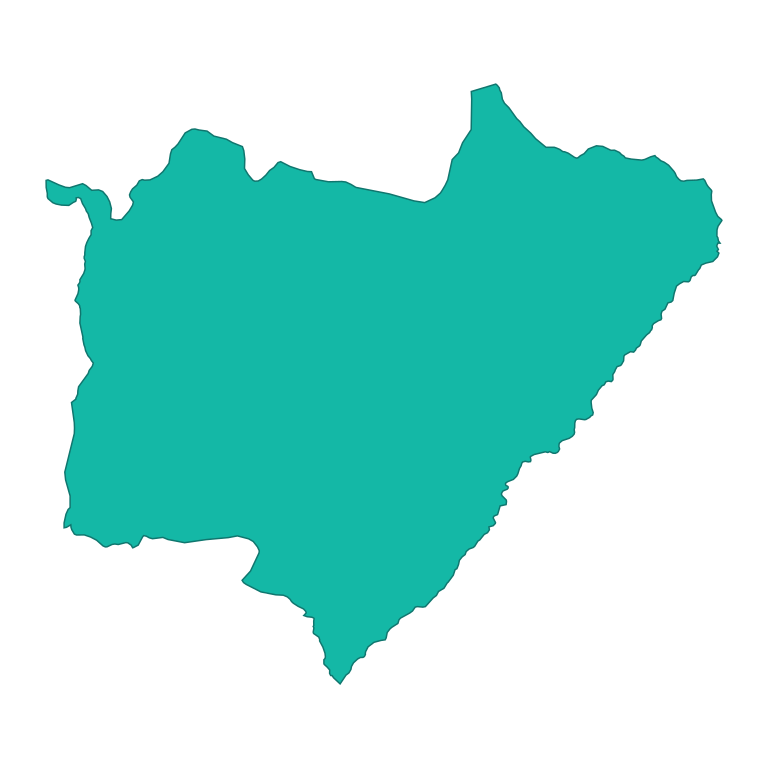 Cornereva, Caras-Severin, Romania (Mercator projection)
{"feature_id": "2599482B63249378795855", "entity_name": "Cornereva", "entity_type": "district", "adm_level": 2, "iso_a3": "ROU", "parent_name": "Romania", "parent_adm1": "Caras-Severin", "projection": "mercator", "projection_center": [22.558, 45.065], "detail": "fine", "context": "isolated", "style": "filled", "palette": "teal", "viewbox_px": 768, "rotation_deg": 0, "n_neighbors": 0, "source": "geoboundaries", "source_scale": "gbopen_adm2", "svg_char_len": 6025}
<svg xmlns="http://www.w3.org/2000/svg" viewBox="0 0 768 768"><path d="M340.1,683.9L346.0,675.1L348.9,672.9L350.9,669.5L351.5,666.4L353.5,662.8L357.6,659.0L360.3,657.5L363.0,657.4L364.4,656.5L365.4,654.5L365.3,653.6L365.6,651.7L368.1,646.8L374.0,642.3L381.1,640.4L385.2,639.8L386.2,637.8L387.2,632.5L389.9,629.0L391.7,627.4L397.9,623.4L399.0,619.8L400.5,618.1L409.8,613.0L412.5,611.0L415.2,607.1L417.4,606.6L422.9,607.1L425.4,606.6L433.2,597.9L436.4,595.5L438.5,591.5L444.0,588.2L447.1,583.1L448.2,582.1L453.3,575.2L455.1,569.6L456.9,568.7L458.5,564.6L459.4,560.3L462.2,556.8L465.1,554.6L466.2,551.5L469.3,548.9L473.0,547.6L474.6,546.4L477.9,541.1L479.8,539.9L484.2,534.4L487.5,532.7L489.4,529.8L488.9,526.9L493.2,525.7L495.3,523.5L495.5,522.6L493.3,518.2L493.3,517.2L494.3,515.9L497.3,514.7L497.7,514.2L500.1,505.9L506.1,504.6L506.5,501.7L506.3,500.1L502.0,495.7L501.4,494.0L502.0,492.4L503.1,490.9L507.2,489.2L508.0,488.3L508.2,487.0L507.6,486.2L506.1,485.6L505.7,485.1L505.5,483.8L505.7,483.1L507.6,481.7L513.4,479.4L516.7,476.1L517.9,473.7L519.5,468.5L521.1,465.8L521.8,463.2L522.6,462.0L525.2,461.3L528.3,461.9L530.5,461.6L530.9,460.1L530.3,457.1L530.5,456.5L534.2,454.5L545.4,451.8L547.8,452.5L549.7,451.6L553.0,453.2L555.2,453.3L557.0,452.6L558.3,451.5L559.6,449.0L558.9,446.3L559.1,444.0L559.6,442.8L562.3,440.6L569.2,438.3L572.3,436.3L574.1,434.2L574.6,432.4L574.2,429.7L574.7,427.5L574.8,423.1L575.4,420.7L576.6,419.3L578.9,418.9L584.5,419.7L585.9,419.5L589.8,417.3L590.7,416.1L592.7,414.9L593.2,412.6L591.8,408.2L591.1,402.0L591.3,400.2L596.4,394.6L598.4,390.1L602.1,385.7L604.2,384.8L605.9,381.8L608.3,381.1L611.3,381.6L612.6,380.4L613.0,379.3L612.8,374.6L614.7,371.6L615.3,369.8L617.1,366.6L620.5,365.5L621.4,364.7L623.6,360.8L623.9,356.2L624.8,354.9L630.4,351.7L633.7,352.1L635.5,350.1L636.4,348.1L639.5,345.9L640.2,344.9L641.3,341.0L646.5,335.0L649.6,332.5L650.8,330.4L651.6,329.8L652.3,327.6L652.2,325.7L653.6,323.6L658.5,320.6L660.9,319.8L661.6,318.5L661.1,314.1L662.0,311.2L665.0,309.2L667.9,302.9L671.2,302.0L672.8,300.5L674.2,293.2L676.5,286.1L679.5,283.8L683.6,281.5L688.4,281.8L689.1,281.4L690.0,280.5L691.2,276.9L692.8,275.5L694.5,275.5L695.4,275.0L698.5,269.9L699.8,268.5L701.3,265.0L705.9,263.1L712.8,261.5L717.5,256.8L718.9,253.1L717.0,251.2L718.4,249.5L716.7,246.0L717.9,243.1L720.0,243.1L718.4,240.8L717.8,237.6L716.9,236.2L717.0,229.9L718.0,226.3L721.9,220.5L721.5,219.6L717.8,216.4L715.6,212.2L711.5,200.8L711.3,194.6L711.8,191.1L711.2,190.0L708.1,186.6L706.6,184.3L704.8,180.4L703.3,178.9L696.7,180.1L686.9,180.4L683.8,181.2L680.9,180.8L678.7,179.1L676.5,176.5L675.2,173.3L673.9,171.3L668.6,165.2L664.2,162.2L660.9,160.8L657.9,158.2L656.2,157.2L654.9,155.6L650.7,156.8L644.9,159.4L641.8,160.1L631.3,159.1L625.3,157.9L624.0,156.2L621.5,154.6L619.5,152.5L614.6,150.2L610.9,150.3L602.8,146.4L596.4,145.8L588.3,149.0L584.1,153.7L580.4,155.7L577.9,157.8L576.6,158.1L574.6,157.4L568.3,153.2L564.7,151.8L562.8,151.6L559.7,149.4L556.4,148.0L554.3,147.3L546.0,147.3L535.6,138.7L530.8,133.2L523.7,126.7L519.9,121.6L516.7,118.6L508.9,107.7L504.5,103.3L502.4,99.3L501.3,92.8L499.8,90.1L499.3,87.9L497.3,85.3L495.8,84.1L471.3,91.5L471.7,99.1L471.2,129.6L462.6,142.7L458.6,152.9L452.2,159.6L447.8,179.8L445.2,185.3L442.1,190.5L440.4,193.1L435.0,197.8L424.7,202.6L414.0,200.9L389.3,193.9L355.9,187.4L351.0,184.4L345.8,182.0L341.7,181.5L328.5,181.8L315.8,179.5L314.4,178.7L311.5,171.7L307.4,171.5L299.7,169.7L290.1,166.5L280.7,161.7L278.0,162.6L274.0,167.4L269.6,170.5L265.9,175.1L261.5,179.1L258.2,181.0L254.8,181.2L252.8,180.2L248.2,174.7L244.5,168.5L244.8,159.1L243.8,150.7L242.4,146.6L232.4,142.6L226.4,139.2L213.9,136.1L207.1,131.1L199.0,130.0L195.0,129.0L191.8,129.3L185.2,132.9L178.0,144.0L175.1,147.1L171.8,149.7L170.5,153.8L169.0,163.3L162.9,171.7L157.8,176.2L150.0,179.9L144.7,180.2L142.2,179.6L139.3,180.9L136.8,185.2L132.5,188.9L130.7,191.8L129.5,194.9L130.1,197.3L133.4,201.9L132.6,205.2L129.2,210.9L121.7,219.6L116.2,220.1L110.7,218.7L110.8,213.6L111.4,208.6L109.7,201.9L107.0,196.5L102.7,191.5L98.6,189.9L91.7,190.3L86.0,185.5L82.6,183.7L69.6,187.7L65.5,187.3L58.9,184.9L48.0,179.9L46.1,180.4L46.2,187.5L47.3,193.3L47.3,196.9L48.0,198.6L52.8,202.7L56.0,204.0L61.5,205.1L68.8,205.4L73.3,202.4L75.7,201.3L76.2,199.8L76.2,197.8L78.5,197.5L80.7,198.6L82.5,203.6L85.5,208.6L86.3,211.0L88.2,213.7L89.2,217.5L91.4,223.1L92.7,227.6L91.1,230.6L91.1,234.7L88.9,238.3L86.8,242.6L85.5,246.4L84.8,252.8L84.8,255.0L84.2,256.6L84.2,258.4L85.4,261.3L84.7,264.1L85.1,268.4L84.9,269.9L83.7,273.5L79.9,279.7L80.0,281.4L79.4,283.1L77.9,285.1L78.7,287.8L78.7,289.9L78.0,293.6L75.0,300.2L75.4,301.1L78.3,303.7L79.6,305.6L79.9,307.8L80.3,308.3L80.6,314.3L80.2,316.6L79.9,323.1L82.4,334.7L82.9,337.0L82.8,338.7L84.0,344.9L84.9,347.3L85.6,350.7L88.0,355.8L90.4,358.6L91.4,360.6L93.3,363.0L92.3,366.3L89.2,370.4L88.2,373.5L78.6,386.7L77.9,390.6L77.7,394.2L75.9,398.2L75.9,399.1L71.5,402.5L74.3,422.6L74.5,428.1L74.3,433.6L64.8,472.1L65.6,479.9L70.1,495.9L70.1,507.6L68.1,509.5L66.0,514.2L64.1,522.9L64.1,527.8L66.5,527.3L70.8,524.8L71.0,527.3L71.8,529.8L74.4,534.1L76.6,535.0L84.3,534.9L90.5,537.0L96.6,540.2L103.0,545.9L105.3,546.9L107.1,546.8L112.2,544.4L114.9,544.0L118.2,544.5L125.8,542.6L127.8,542.8L131.1,545.1L132.7,547.8L133.6,547.5L138.2,545.1L142.6,536.9L143.7,535.6L146.4,536.2L149.3,537.8L152.5,538.7L162.9,537.4L168.0,539.5L184.6,542.7L206.1,539.6L228.3,537.6L237.4,535.9L248.6,538.8L253.3,541.5L257.5,546.9L259.3,550.8L259.0,553.0L250.5,571.1L242.1,580.3L243.6,582.6L246.2,584.4L260.9,591.9L275.7,594.8L283.3,595.2L287.4,596.9L290.2,599.4L291.5,601.5L293.3,603.2L298.1,606.3L303.5,608.9L305.7,611.3L306.2,612.9L303.8,615.5L307.1,616.7L311.8,617.2L313.7,618.0L314.1,618.6L313.7,621.2L313.8,625.6L313.2,626.4L313.9,627.9L313.2,632.1L313.6,633.5L318.8,637.1L319.7,639.6L319.6,640.9L322.9,647.1L325.0,653.2L325.4,656.6L325.1,658.4L323.9,659.7L323.9,663.4L324.2,664.4L327.0,666.9L329.7,670.0L329.6,673.4L330.7,675.5L332.1,675.6L333.6,677.8L340.1,683.9Z" fill="#14b8a6" stroke="#0f766e" stroke-width="1.5"/></svg>